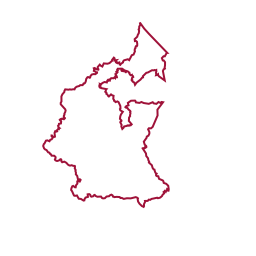 Bao Lam, Lâm Đồng, Vietnam, rotated 222°
{"feature_id": "81297802B89982379831919", "entity_name": "Bao Lam", "entity_type": "district", "adm_level": 2, "iso_a3": "VNM", "parent_name": "Vietnam", "parent_adm1": "Lâm Đồng", "projection": "mercator", "projection_center": [107.768, 11.64], "detail": "fine", "context": "isolated", "style": "outline", "palette": "rose", "viewbox_px": 256, "rotation_deg": 222, "n_neighbors": 0, "source": "geoboundaries", "source_scale": "gbopen_adm2", "svg_char_len": 5919}
<svg xmlns="http://www.w3.org/2000/svg" viewBox="0 0 256 256"><g transform="rotate(222 128 128)"><path d="M128.8,43.9L127.3,43.6L123.0,41.7L122.0,42.1L120.8,43.7L117.3,42.5L115.5,43.8L112.5,44.3L112.0,45.0L112.7,46.1L113.0,47.9L111.7,50.0L113.6,51.7L112.6,52.9L111.5,53.1L110.0,52.3L109.2,52.5L108.2,54.0L108.3,55.5L108.0,56.0L106.6,55.8L104.8,56.4L102.2,59.0L100.4,58.6L99.4,59.0L98.2,60.4L98.1,62.7L96.4,64.7L96.4,65.8L95.8,67.3L94.6,67.6L93.3,67.0L92.9,67.4L92.0,67.4L90.4,69.2L88.0,71.1L86.8,70.9L85.8,71.9L83.7,72.5L81.8,75.1L78.9,77.5L76.0,81.8L74.7,82.3L73.5,82.4L73.1,81.5L71.3,80.1L68.7,79.4L65.4,79.3L63.6,79.8L63.8,80.7L65.1,81.9L66.0,84.9L66.5,85.2L64.6,87.0L64.6,88.7L63.4,89.5L63.1,91.0L61.9,92.6L59.7,95.7L59.0,95.7L58.2,96.6L57.5,97.9L57.2,100.3L57.6,101.5L57.4,103.6L58.7,104.3L58.4,105.1L58.6,105.7L57.2,105.8L57.8,107.6L57.1,108.4L57.8,108.9L57.3,109.1L55.5,107.8L56.8,109.8L59.5,112.0L62.3,112.1L64.7,111.1L66.1,112.1L67.1,112.3L70.9,111.0L73.2,112.4L74.3,111.6L75.3,111.5L75.9,112.1L76.2,113.2L76.9,112.9L78.6,113.5L80.5,114.8L81.3,114.4L83.0,114.8L85.4,116.3L89.3,116.3L89.5,117.0L91.5,117.8L92.8,118.9L95.7,119.4L97.6,121.1L103.5,122.7L103.3,123.2L102.5,123.3L102.1,124.3L102.4,125.0L101.8,125.1L101.6,125.9L102.1,126.2L102.7,125.9L102.2,126.6L102.5,126.8L104.4,126.8L107.1,128.4L107.6,133.0L108.3,134.2L107.7,136.0L108.3,138.0L109.4,139.3L112.2,140.5L112.3,141.8L110.7,143.1L110.4,145.3L114.4,157.1L118.4,161.3L119.2,170.6L120.5,169.8L120.8,168.3L122.7,167.7L123.0,165.0L125.4,163.5L126.9,163.7L128.7,159.9L133.0,157.1L135.4,156.3L136.3,154.3L139.3,152.3L140.4,153.0L141.1,153.1L144.0,150.3L144.9,146.6L142.8,145.2L143.9,143.2L143.9,141.8L143.0,141.8L141.9,142.5L140.2,142.1L137.8,142.2L137.1,141.8L137.0,141.1L136.1,140.7L135.0,138.7L134.4,138.3L134.2,136.5L132.1,133.8L127.7,133.2L127.8,131.8L128.4,131.5L128.5,130.8L129.2,130.5L129.4,129.8L130.2,129.5L130.3,128.7L131.9,126.6L131.5,125.2L131.6,123.5L134.0,124.7L134.8,126.0L137.6,127.1L137.8,127.7L137.5,128.6L137.9,129.2L140.1,129.4L141.6,131.6L142.3,133.4L142.7,136.6L145.5,136.0L146.7,136.7L146.7,137.5L148.4,139.2L152.3,140.9L153.6,140.7L154.6,138.9L156.1,139.2L156.6,138.9L157.4,139.6L158.5,139.8L160.3,142.3L161.6,141.7L163.1,141.6L163.3,138.6L163.9,138.5L165.9,139.1L167.0,138.9L167.7,139.8L169.1,139.7L169.2,140.5L170.0,141.6L170.0,142.5L174.6,139.7L175.2,140.0L175.8,139.3L176.9,139.5L177.7,140.4L177.1,140.8L177.0,141.2L178.3,142.0L177.3,142.4L177.1,144.4L176.2,146.5L174.2,147.7L175.0,149.2L174.2,149.9L174.8,150.4L173.4,151.2L174.2,151.8L173.7,152.3L173.9,153.5L173.4,154.2L172.0,155.3L171.9,156.7L171.0,156.6L171.3,157.1L171.0,157.7L171.6,158.2L170.5,158.0L170.2,158.3L171.0,158.9L172.2,159.1L173.2,160.0L173.1,161.1L174.1,161.8L173.8,162.1L173.1,161.9L173.1,162.4L174.2,162.8L174.0,163.8L175.0,164.0L175.3,165.2L172.1,168.1L171.2,167.9L171.5,166.5L170.9,166.2L169.5,167.1L170.0,168.4L169.3,168.4L167.8,169.1L167.7,168.0L167.2,167.8L166.9,168.0L167.0,169.2L166.1,169.9L165.0,170.0L164.2,169.7L163.9,170.0L162.5,169.0L161.2,169.1L160.7,170.0L160.4,169.6L159.2,169.9L158.2,169.4L158.5,167.9L157.4,166.0L156.9,165.9L156.6,166.3L155.9,165.7L155.3,165.6L153.8,166.0L151.7,164.8L152.0,167.4L151.1,172.3L151.2,174.8L150.7,175.7L151.6,176.5L151.3,181.3L150.4,182.5L148.8,187.0L147.2,188.3L147.0,188.9L146.2,189.2L145.8,190.0L144.7,188.9L144.1,187.6L143.0,187.0L142.5,186.0L142.0,186.7L141.7,188.1L140.9,187.4L139.6,187.1L132.5,187.9L140.2,193.7L140.8,195.5L140.3,196.9L141.2,197.4L142.3,199.2L144.5,201.7L146.6,202.1L147.4,201.5L149.6,202.6L149.6,205.1L148.6,205.9L149.5,209.7L149.1,210.1L175.5,212.0L182.4,212.7L189.8,214.3L187.8,212.8L187.6,211.0L186.1,209.2L186.1,208.4L184.7,207.6L183.4,205.6L183.1,203.9L182.2,202.0L182.5,198.5L181.0,197.2L180.3,198.0L179.1,198.1L177.5,196.8L176.3,195.4L176.2,194.6L176.8,194.2L176.5,192.9L175.9,192.4L175.8,191.3L175.1,190.2L174.2,189.7L173.0,186.3L173.9,184.6L172.5,179.2L174.1,179.0L176.2,175.7L176.2,174.2L175.6,173.4L176.2,170.8L176.0,169.8L176.7,169.6L178.3,170.9L179.0,169.4L179.4,169.6L180.0,168.9L180.8,169.5L181.2,168.9L182.2,169.5L182.1,170.5L183.3,169.1L184.1,170.4L184.5,170.5L185.0,169.9L185.1,170.8L185.6,170.8L185.4,168.0L184.8,167.2L185.2,163.8L186.3,162.0L189.2,159.8L188.2,156.5L189.7,156.1L191.4,156.2L191.3,153.0L190.7,152.3L189.3,151.9L189.1,151.5L190.9,150.4L192.9,150.3L193.4,149.5L192.2,148.8L191.6,147.6L190.0,148.1L188.8,148.0L188.2,148.6L187.9,148.2L188.3,146.1L189.6,145.1L190.7,143.5L190.7,141.7L189.9,140.1L190.2,139.6L191.4,139.4L192.1,138.7L191.9,136.6L190.5,134.2L190.1,132.8L190.2,131.8L190.8,131.4L190.4,129.5L192.2,127.9L192.3,126.7L193.8,124.3L194.1,122.6L193.6,120.9L194.6,120.2L196.0,118.4L197.0,117.9L197.8,116.7L200.5,114.7L200.1,113.1L199.4,112.1L199.3,109.1L198.6,106.9L195.2,103.2L194.8,101.6L193.8,100.6L187.2,99.9L186.1,99.3L185.3,97.8L184.9,96.1L184.1,95.4L184.0,94.4L183.3,93.7L183.1,93.0L182.6,92.8L181.7,93.2L181.4,93.0L181.5,91.6L183.4,90.6L183.4,89.5L184.1,89.4L184.2,88.4L183.6,88.2L183.2,88.5L182.0,88.1L180.9,86.5L182.1,84.9L181.3,83.5L181.4,82.8L180.0,82.1L179.0,82.1L179.5,81.4L178.8,80.9L179.3,80.6L179.1,79.9L179.4,78.3L178.5,78.0L179.1,77.0L179.9,76.7L179.3,75.2L176.5,72.7L177.3,71.2L179.4,71.6L179.8,71.3L179.4,70.8L177.8,70.6L177.2,69.5L177.2,68.4L177.9,67.2L177.5,65.6L179.7,64.8L180.5,63.7L179.7,60.6L179.8,59.7L179.0,57.9L176.7,56.7L175.3,56.6L173.8,57.1L171.1,56.5L169.9,57.1L168.7,56.6L167.8,56.9L166.3,56.3L164.3,58.0L162.6,58.0L161.8,57.4L161.3,55.7L160.5,55.4L159.2,55.7L158.3,56.4L157.5,58.0L157.4,59.5L157.0,59.9L156.1,59.7L155.1,58.6L154.0,58.5L152.8,60.4L150.5,60.9L148.2,60.6L146.6,60.9L145.9,61.3L144.9,62.7L143.4,63.2L142.2,64.2L141.5,63.8L140.6,62.4L138.7,61.7L138.4,60.9L136.7,59.9L135.8,58.7L133.7,58.4L130.6,56.2L129.5,57.7L128.5,57.7L128.0,55.9L129.8,55.0L130.0,54.4L128.4,52.8L128.3,50.6L127.2,48.9L127.8,48.4L130.0,48.3L130.4,47.4L129.7,45.3L128.8,43.9Z" fill="none" stroke="#9f1239" stroke-width="2"/></g></svg>